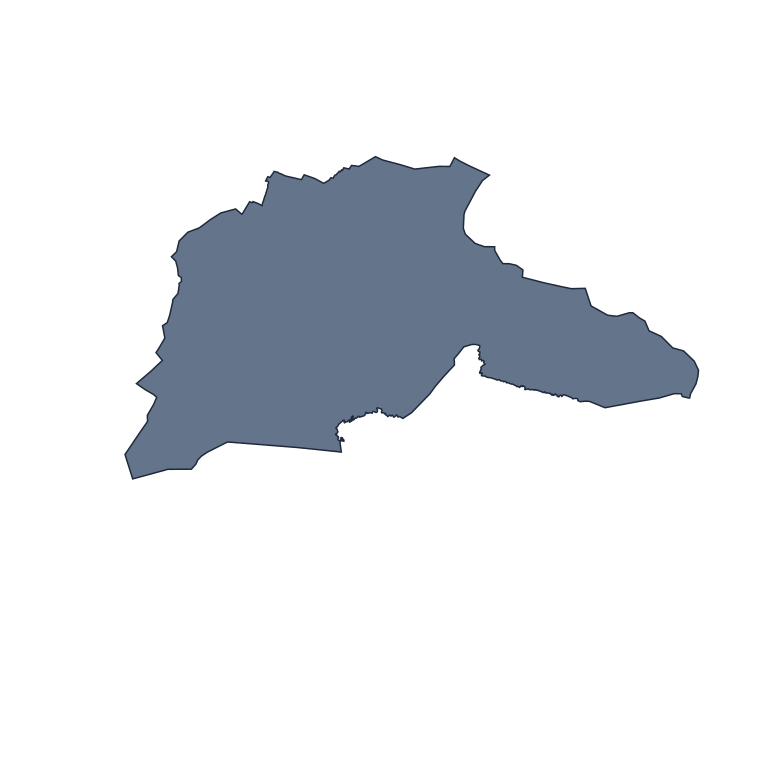 Kiyawa, Jigawa, Nigeria (Equal Earth projection), rotated 38°
{"feature_id": "59680162B95265909286240", "entity_name": "Kiyawa", "entity_type": "district", "adm_level": 2, "iso_a3": "NGA", "parent_name": "Nigeria", "parent_adm1": "Jigawa", "projection": "equal_earth", "projection_center": [9.668, 11.797], "detail": "fine", "context": "isolated", "style": "filled", "palette": "slate", "viewbox_px": 768, "rotation_deg": 38, "n_neighbors": 0, "source": "geoboundaries", "source_scale": "gbopen_adm2", "svg_char_len": 6158}
<svg xmlns="http://www.w3.org/2000/svg" viewBox="0 0 768 768"><g transform="rotate(38 384 384)"><path d="M392.3,463.9L385.1,457.0L385.2,454.5L385.4,454.1L385.9,454.3L386.9,454.3L387.6,453.7L387.2,453.2L386.7,452.8L385.2,452.6L384.7,452.2L383.9,452.1L383.3,452.5L383.1,452.9L383.4,453.4L384.1,453.6L384.4,454.1L383.9,455.8L383.2,456.2L382.5,456.3L381.9,456.1L381.4,455.8L381.1,455.2L381.4,454.6L381.1,454.2L380.5,453.7L379.8,453.6L379.3,454.0L378.3,453.3L377.7,453.7L377.1,453.6L376.7,453.0L376.8,452.5L377.3,452.3L377.3,450.8L377.1,450.1L374.8,448.5L373.2,448.2L373.0,447.7L373.6,446.4L373.1,443.4L373.6,441.5L373.7,440.4L373.9,439.7L374.0,438.0L374.8,437.0L375.3,437.3L375.7,438.4L376.0,438.7L376.6,438.9L376.9,438.8L377.0,438.6L376.8,437.8L376.9,437.5L377.9,436.8L378.2,436.3L378.3,435.8L378.4,434.5L378.5,434.2L379.3,433.3L379.5,433.3L379.6,434.1L379.9,435.0L380.1,435.3L380.4,435.3L381.3,433.0L381.5,432.0L381.2,431.8L380.2,432.2L379.7,431.9L379.6,431.3L379.1,430.9L379.0,430.2L379.1,429.0L379.3,428.3L379.6,428.3L380.2,430.0L381.3,430.8L382.1,430.9L382.3,430.7L382.2,428.9L382.4,428.5L382.9,428.2L383.4,427.6L383.5,426.7L383.6,425.2L384.1,424.9L384.8,425.2L385.2,425.1L387.7,421.6L388.0,420.8L388.1,420.2L387.6,418.7L387.3,417.6L387.4,417.3L387.8,417.1L388.6,417.6L389.2,417.3L390.7,415.3L391.5,414.7L392.6,414.3L392.7,414.1L392.3,413.2L392.3,412.6L392.5,412.2L393.3,411.6L393.8,411.5L394.4,411.7L395.0,411.5L395.4,411.2L395.7,410.6L395.8,409.9L395.5,409.3L394.7,408.4L394.1,408.1L393.5,408.0L393.2,407.6L393.3,407.2L393.8,406.5L396.6,405.8L397.2,405.3L397.6,405.3L398.9,406.2L399.0,407.3L399.6,408.1L400.1,408.1L401.0,407.2L401.4,406.9L402.7,407.1L403.0,406.3L403.3,406.2L403.5,406.9L403.9,407.2L404.2,407.3L404.6,407.0L407.1,407.3L407.4,406.1L407.4,405.3L408.0,404.9L409.1,405.0L409.4,404.7L409.4,404.0L409.7,403.6L410.0,403.4L411.9,404.1L412.3,403.9L412.5,403.4L412.9,400.9L413.3,400.6L414.0,400.7L414.6,401.4L415.6,401.2L416.4,400.0L420.1,399.5L423.4,389.7L426.2,363.5L425.9,354.2L426.5,341.0L427.8,325.7L425.9,323.3L423.7,320.9L424.0,313.8L424.0,305.6L429.0,298.6L432.2,296.2L435.6,294.8L436.6,295.7L437.4,297.6L437.1,299.4L438.2,300.2L439.7,299.7L440.7,300.8L440.8,302.6L442.3,302.9L442.7,303.9L442.8,305.3L444.1,306.0L445.4,304.6L446.7,305.7L447.7,304.4L448.8,304.5L449.4,305.8L451.4,306.3L450.6,308.1L450.1,311.0L450.4,311.6L451.2,312.0L451.9,314.4L452.1,315.8L452.8,316.5L453.4,316.2L453.7,315.2L454.1,315.0L454.5,315.1L454.8,315.3L455.1,315.7L455.0,316.3L455.3,317.0L455.8,317.4L459.1,315.5L459.6,315.3L460.1,315.5L461.3,315.2L463.5,313.9L464.6,313.1L466.0,312.8L469.0,311.6L470.3,311.5L470.9,311.1L471.9,309.8L472.3,309.6L472.9,309.8L473.8,309.7L474.5,309.5L475.1,308.8L476.1,308.5L476.7,308.7L477.9,307.3L478.9,307.4L479.3,307.2L479.8,307.6L480.1,307.5L480.2,307.1L480.5,306.9L482.0,306.3L484.1,305.8L485.5,304.9L487.4,304.6L489.4,304.0L490.2,304.3L491.7,303.1L492.8,303.3L493.2,302.1L493.1,301.2L493.2,300.9L493.8,300.5L494.3,300.9L494.6,300.8L494.7,300.0L494.9,299.7L495.3,299.9L496.7,299.6L497.1,300.0L497.3,300.0L498.0,300.5L498.3,301.0L498.1,301.2L498.1,301.5L498.4,301.6L499.2,301.0L499.4,300.5L500.2,299.7L500.6,299.0L501.0,298.8L501.9,299.0L503.9,297.6L504.8,296.7L505.1,296.8L505.9,296.2L506.4,296.2L506.6,296.0L506.9,295.1L507.1,294.9L507.6,295.1L508.9,294.5L509.4,294.2L509.5,294.0L510.0,294.1L511.3,293.7L511.8,293.3L513.2,293.2L514.2,292.5L514.6,292.7L515.4,292.2L515.5,292.0L515.5,291.4L516.0,291.7L516.5,291.1L517.1,291.3L517.8,291.1L518.0,290.7L518.9,290.0L520.4,289.5L520.9,289.0L521.3,289.3L521.8,289.3L521.9,289.0L522.7,288.6L523.3,288.7L523.2,289.4L523.4,289.4L523.7,288.8L524.0,288.7L524.1,288.2L524.6,288.4L524.8,288.2L525.0,287.8L525.1,287.2L525.0,286.7L525.1,286.4L525.4,286.5L525.4,287.0L525.6,287.0L525.9,286.5L527.1,286.1L527.3,286.4L527.8,286.7L528.1,287.1L528.3,287.1L528.5,286.5L528.7,286.3L529.0,286.3L529.5,286.5L529.7,286.4L529.7,286.0L529.7,284.5L530.4,283.9L531.8,284.3L531.9,283.9L531.8,282.7L531.9,282.2L532.2,281.8L532.5,281.6L533.7,281.3L536.5,280.2L537.9,280.0L538.8,279.6L540.3,279.2L541.4,279.5L541.8,279.5L542.2,279.1L544.0,277.2L545.3,276.6L546.0,276.6L546.8,277.6L547.4,277.7L549.6,277.1L552.9,273.9L556.6,271.2L572.8,266.6L597.5,238.7L609.5,225.6L618.6,213.0L624.2,208.7L626.8,210.2L628.5,209.3L629.9,208.8L631.2,208.1L632.1,207.8L633.5,206.9L631.6,203.0L629.8,191.9L626.6,184.6L623.4,179.5L614.4,175.0L599.7,173.5L589.3,177.8L573.2,175.8L560.1,178.9L550.9,173.8L544.2,174.7L536.2,174.6L533.3,177.0L525.9,187.2L517.9,192.1L499.1,195.0L483.7,184.7L473.0,193.5L464.2,197.9L447.0,206.1L427.3,214.7L423.3,208.6L415.2,209.0L408.8,212.0L403.5,216.0L398.9,214.7L389.0,210.6L386.7,207.7L378.8,213.8L377.8,214.3L375.4,215.0L372.9,216.0L371.2,216.4L369.2,217.1L355.9,215.9L350.7,212.5L342.6,201.0L341.3,197.6L337.4,175.6L336.4,162.9L338.5,154.5L316.4,159.7L306.7,161.6L300.2,162.3L302.0,172.0L293.5,178.5L275.9,195.7L262.4,200.9L245.1,208.3L237.3,210.1L230.3,227.9L223.8,231.8L224.2,236.0L219.2,238.4L219.7,241.2L218.7,241.5L219.0,243.6L217.7,244.0L217.7,246.1L217.5,247.1L217.6,248.4L216.8,249.5L216.8,251.2L217.3,252.9L216.1,253.7L215.2,254.1L215.2,257.3L213.0,263.0L202.9,264.7L192.3,268.3L193.1,273.8L179.0,280.4L177.6,280.9L173.8,281.7L171.3,282.6L169.8,282.5L168.7,283.2L166.5,284.1L166.8,286.0L167.0,291.4L164.8,292.2L165.7,296.9L166.9,296.4L167.6,295.8L168.7,295.9L169.4,296.8L169.6,298.2L170.3,299.5L171.4,300.4L171.9,302.3L172.9,304.7L173.3,306.1L174.2,307.9L174.4,309.3L176.2,313.8L176.9,316.2L178.1,318.5L173.4,319.4L168.5,320.9L168.7,322.1L165.9,323.2L167.6,337.3L167.1,337.8L159.3,337.4L150.1,349.7L146.1,360.9L142.3,374.7L136.0,385.1L134.5,397.4L139.1,407.4L138.1,414.6L144.2,415.4L149.7,419.5L155.3,425.2L158.6,424.8L161.3,428.0L160.6,430.9L162.0,432.5L165.9,439.5L165.6,447.3L167.2,450.0L172.8,461.8L175.4,469.1L173.6,474.4L183.0,482.7L184.6,494.5L185.0,499.6L194.8,501.9L192.5,517.2L188.7,536.1L199.9,535.4L208.6,534.2L213.0,534.3L215.0,541.7L216.8,554.4L220.6,558.9L220.9,561.5L221.3,569.8L223.3,599.0L244.4,613.5L266.2,584.3L284.7,569.7L285.1,562.8L284.0,558.7L284.5,553.4L286.8,546.4L296.3,526.1L354.5,487.6L392.3,463.9Z" fill="#64748b" stroke="#1e293b" stroke-width="1.5"/></g></svg>